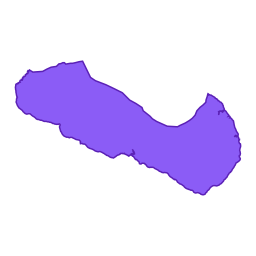 South Erromango, Tafea, Vanuatu
{"feature_id": "77236927B89058038610930", "entity_name": "South Erromango", "entity_type": "district", "adm_level": 2, "iso_a3": "VUT", "parent_name": "Vanuatu", "parent_adm1": "Tafea", "projection": "robinson", "projection_center": [169.191, -18.905], "detail": "fine", "context": "isolated", "style": "filled", "palette": "violet", "viewbox_px": 256, "rotation_deg": 0, "n_neighbors": 0, "source": "geoboundaries", "source_scale": "gbopen_adm2", "svg_char_len": 5785}
<svg xmlns="http://www.w3.org/2000/svg" viewBox="0 0 256 256"><path d="M29.5,70.0L29.3,70.4L28.4,70.6L28.5,71.0L28.2,70.9L28.3,71.4L27.6,71.4L27.5,71.8L27.9,71.8L28.1,72.7L27.7,73.6L27.1,73.8L26.8,73.6L26.5,73.7L26.2,74.4L25.4,74.7L25.4,75.0L25.5,75.5L25.4,75.9L24.6,76.4L24.2,76.3L24.2,76.7L24.0,76.8L23.6,76.8L23.2,77.0L23.2,77.5L22.9,77.5L22.8,77.9L22.5,78.0L22.4,78.4L22.7,78.7L22.7,79.0L22.3,79.8L21.9,79.7L22.1,80.2L21.8,80.3L21.4,80.2L21.1,80.2L20.8,80.1L20.3,80.3L20.1,80.6L20.0,81.0L19.8,81.4L19.8,81.7L20.1,82.2L19.6,82.3L19.3,82.6L19.0,82.7L18.7,82.6L18.4,82.9L18.3,83.3L17.8,83.1L17.4,83.4L17.5,83.8L17.1,84.0L16.3,83.9L15.7,84.9L15.8,85.2L15.4,87.4L15.6,88.2L15.5,88.9L15.9,90.6L16.0,92.5L16.2,93.2L16.5,95.2L16.9,96.6L17.3,97.1L16.9,97.5L16.9,98.4L16.5,98.9L16.5,100.4L16.1,102.0L17.5,105.7L18.4,106.9L18.6,107.6L22.4,110.5L23.1,111.7L23.8,112.2L24.4,112.9L25.0,113.4L26.3,114.0L26.9,114.1L28.6,113.7L29.9,113.8L30.4,114.0L31.7,115.3L33.2,116.4L34.2,116.9L35.4,117.9L36.2,118.8L37.3,119.4L38.6,119.5L40.4,120.2L41.7,120.3L44.2,121.4L46.3,121.4L47.4,121.8L48.4,121.8L49.2,122.1L51.3,122.5L52.0,123.0L52.8,123.5L53.6,123.5L54.9,124.1L56.0,124.2L56.8,124.4L57.9,124.2L58.3,124.4L58.7,124.1L59.2,123.9L59.6,124.0L60.0,124.4L60.2,125.0L59.6,126.3L59.5,127.1L60.7,131.4L61.2,131.9L62.2,134.0L63.5,135.6L64.3,136.2L66.6,137.2L68.0,137.2L69.3,137.8L70.2,137.4L72.1,137.4L73.1,138.1L74.2,138.5L76.0,139.5L79.1,140.1L79.9,140.8L80.5,141.7L80.3,142.3L80.3,142.8L80.5,143.7L82.0,143.4L83.0,144.0L84.8,144.1L85.8,144.9L87.1,146.5L87.9,147.4L89.8,148.4L91.8,149.0L93.4,149.7L95.1,150.9L97.2,151.6L98.2,151.8L99.6,151.5L100.3,151.6L102.5,152.6L103.3,153.2L103.8,153.3L105.3,154.4L105.8,154.6L106.5,155.3L107.8,155.6L108.4,155.9L109.7,156.9L111.3,157.6L111.7,157.5L113.5,158.0L116.1,156.3L116.3,156.0L116.7,155.7L117.9,155.0L118.4,155.0L119.7,154.4L120.0,153.9L120.3,153.9L120.4,153.6L120.7,153.4L121.5,153.5L122.2,153.3L123.1,153.8L124.2,153.3L124.5,153.4L124.6,153.7L125.1,154.3L126.6,154.6L127.0,155.1L127.9,155.4L128.4,156.0L128.7,156.1L129.2,155.9L129.3,155.4L130.5,155.1L130.9,154.2L131.8,153.6L132.2,153.6L133.2,154.0L133.7,154.0L133.9,153.8L134.2,153.4L133.7,152.6L134.0,152.7L134.0,152.4L132.3,149.3L134.0,151.9L134.3,153.2L134.4,153.3L134.4,152.8L134.5,153.2L134.5,153.5L134.1,154.0L133.3,154.4L132.5,153.9L131.9,153.9L131.7,154.4L131.3,154.7L131.4,155.0L131.8,155.4L132.3,155.7L132.5,156.2L132.9,156.2L133.4,156.4L135.5,159.5L136.5,159.5L136.8,159.7L137.4,160.6L138.7,161.4L139.1,162.2L139.5,163.7L140.6,164.0L141.3,163.9L141.6,163.5L142.2,163.2L144.5,163.4L145.0,163.8L145.1,164.3L146.2,165.0L147.0,166.3L147.8,167.0L149.4,167.5L150.4,167.3L151.8,167.3L152.7,167.3L153.6,167.5L154.8,168.5L156.7,169.4L158.3,170.3L159.3,171.2L161.0,171.8L161.9,172.4L163.3,172.7L164.5,172.5L166.8,172.8L167.9,173.5L169.0,175.3L170.1,176.6L172.4,178.1L173.4,179.0L174.1,179.1L174.3,179.6L174.6,179.7L175.4,179.5L176.1,180.0L177.2,181.3L177.2,181.6L177.6,182.2L178.3,182.6L179.7,183.8L181.5,184.4L182.9,185.5L183.6,185.9L184.5,187.1L186.0,188.3L187.5,189.0L188.0,189.0L188.4,189.3L189.8,189.7L191.0,190.3L191.7,190.2L192.6,190.5L193.1,191.0L193.8,192.2L194.9,192.8L195.6,193.0L197.6,192.6L198.5,192.8L200.3,193.6L200.6,194.0L200.9,194.2L202.0,194.6L203.1,194.8L204.9,194.3L205.4,193.6L205.7,192.9L206.8,192.1L207.1,191.3L207.7,190.5L208.6,190.0L208.8,189.7L209.1,189.4L210.1,187.9L210.6,187.3L212.7,185.8L213.8,185.6L215.2,185.6L216.2,185.9L217.1,185.8L219.2,185.0L220.1,184.1L221.2,183.6L223.5,181.1L223.7,180.5L224.2,179.7L224.6,179.4L225.1,179.2L226.4,177.6L227.0,177.1L227.6,175.7L227.9,175.3L228.2,174.6L228.7,174.2L228.9,173.6L229.2,173.1L230.5,172.3L230.7,172.0L230.6,171.7L231.2,171.3L231.7,170.8L232.3,169.4L233.9,167.3L234.4,166.2L235.3,164.9L235.6,164.0L236.3,162.7L237.2,162.4L237.7,161.9L238.5,161.5L239.8,160.2L240.1,159.6L240.3,158.8L239.7,157.4L239.3,156.9L239.4,156.6L239.2,155.9L239.9,155.5L240.4,153.7L240.0,151.3L239.7,150.6L239.7,149.9L239.9,149.3L239.9,148.8L240.6,146.7L240.6,145.1L240.5,144.5L240.2,144.1L240.3,143.8L239.6,143.4L239.2,142.9L239.2,142.6L238.8,141.5L238.8,140.5L239.3,140.1L239.1,139.8L239.2,139.4L239.4,139.2L238.8,138.9L238.6,138.4L238.6,137.6L238.2,136.8L237.5,136.4L236.8,136.8L236.3,136.7L236.2,136.5L236.1,135.8L235.3,136.1L234.3,136.9L234.8,136.2L235.7,135.4L236.3,135.7L236.7,136.0L237.2,135.9L237.6,136.0L238.1,135.4L238.2,134.3L238.0,133.6L236.4,131.2L235.7,129.2L234.6,127.1L234.6,126.6L234.1,124.6L233.8,122.7L233.5,121.9L233.6,121.2L233.1,120.5L232.2,119.7L231.8,118.9L230.7,117.9L230.3,117.6L229.9,117.7L230.2,117.1L229.6,116.2L229.1,116.1L228.3,116.3L228.8,115.6L228.8,115.2L227.3,113.4L226.0,111.3L224.9,110.5L223.8,110.7L223.2,111.3L222.9,111.8L222.4,112.1L221.8,111.4L221.4,111.3L220.2,111.1L218.9,111.7L218.9,111.9L219.2,112.9L218.7,114.0L218.8,114.8L218.8,115.0L218.6,114.0L219.0,112.8L218.6,111.7L220.0,111.0L221.4,111.0L222.0,111.2L222.6,111.0L223.1,110.4L223.9,110.2L224.4,110.3L224.4,109.6L224.1,108.4L223.4,107.1L223.3,105.9L222.6,104.6L222.6,104.1L221.0,102.3L220.7,102.3L219.8,101.8L219.5,101.4L218.6,100.7L218.1,100.6L218.1,100.3L216.9,99.2L216.8,98.8L215.3,98.4L215.3,98.0L214.7,97.3L212.4,96.0L211.1,95.1L210.8,95.2L210.3,95.0L210.1,95.0L209.2,94.6L208.5,95.0L208.6,94.8L208.4,94.5L208.5,94.1L208.0,93.7L207.8,94.1L207.3,96.3L206.1,99.8L205.8,102.3L202.9,105.1L200.1,107.3L196.9,110.8L195.1,115.2L192.3,118.3L189.4,120.5L185.3,123.0L179.8,125.5L177.5,126.8L167.2,126.2L156.7,121.5L152.4,118.8L150.0,116.2L143.2,110.8L142.0,107.5L135.9,103.5L129.7,100.1L122.4,92.8L114.4,88.8L105.8,84.7L95.4,80.7L90.5,77.4L82.6,61.2L79.2,61.7L74.9,62.8L72.5,63.3L70.4,63.3L65.8,64.1L64.4,62.7L62.8,62.7L60.9,63.6L58.9,63.9L56.4,66.4L51.1,67.2L46.9,69.1L42.7,71.4L32.9,72.1L29.5,70.0Z" fill="#8b5cf6" stroke="#5b21b6" stroke-width="1.5"/></svg>